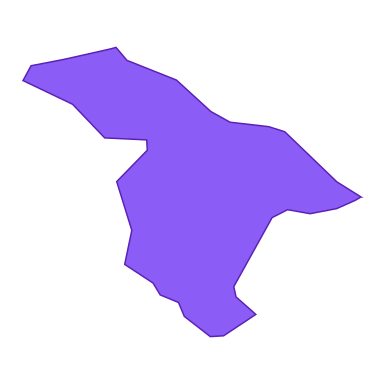 North East Lincolnshire, Natural Earth projection
{"feature_id": "GBR-2056", "entity_name": "North East Lincolnshire", "entity_type": "Unitary Authority", "adm_level": 1, "iso_a3": "GBR", "parent_name": "United Kingdom", "parent_adm1": "", "projection": "natural_earth1", "projection_center": [-0.125, 53.528], "detail": "fine", "context": "isolated", "style": "filled", "palette": "violet", "viewbox_px": 384, "rotation_deg": 0, "n_neighbors": 0, "source": "natural_earth", "source_scale": "10m", "svg_char_len": 575}
<svg xmlns="http://www.w3.org/2000/svg" viewBox="0 0 384 384"><path d="M116.0,47.4L127.0,60.4L176.5,80.1L210.8,111.5L230.0,122.2L268.9,126.7L284.8,131.8L336.8,181.8L361.0,197.0L360.9,197.0L355.5,200.2L353.3,201.2L336.7,208.6L310.1,213.7L287.6,209.7L272.1,217.6L233.8,286.6L236.0,296.9L255.8,314.4L223.6,335.8L210.3,336.6L184.3,316.4L178.5,302.5L160.2,294.9L153.1,283.1L124.7,264.4L131.8,230.3L116.7,181.6L147.3,150.2L146.7,139.9L104.7,137.9L72.6,104.3L23.0,80.6L31.1,65.7L62.9,59.6L111.0,48.8L115.9,47.4L116.0,47.4Z" fill="#8b5cf6" stroke="#5b21b6" stroke-width="1.5"/></svg>